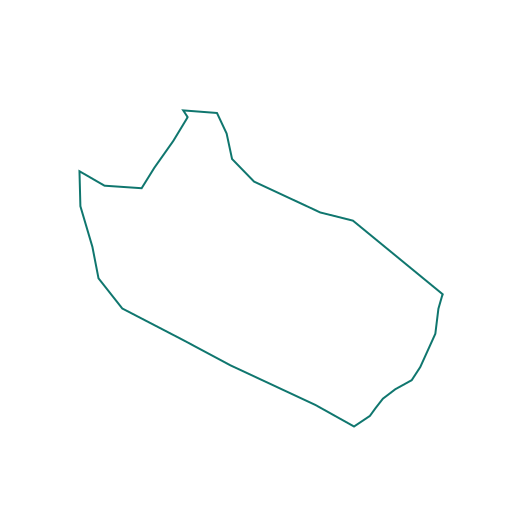 outline of Sasang-gu, Busan, South Korea, rotated 295°
{"feature_id": "91817680B50207003035", "entity_name": "Sasang-gu", "entity_type": "district", "adm_level": 2, "iso_a3": "KOR", "parent_name": "South Korea", "parent_adm1": "Busan", "projection": "equal_earth", "projection_center": [128.994, 35.156], "detail": "fine", "context": "isolated", "style": "outline", "palette": "teal", "viewbox_px": 512, "rotation_deg": 295, "n_neighbors": 0, "source": "geoboundaries", "source_scale": "gbopen_adm2", "svg_char_len": 678}
<svg xmlns="http://www.w3.org/2000/svg" viewBox="0 0 512 512"><g transform="rotate(295 256 256)"><path d="M258.2,60.2L226.9,75.8L195.1,103.9L169.2,122.7L151.9,157.0L149.0,225.8L146.1,279.0L146.1,313.4L146.1,354.0L146.1,372.8L142.9,416.9L159.2,426.8L168.5,428.6L180.3,431.3L194.2,438.6L209.3,449.6L224.8,451.8L261.3,451.4L285.3,443.6L299.2,441.4L299.2,441.5L300.2,441.4L329.0,328.9L322.6,295.8L322.6,292.4L322.6,292.2L322.6,261.1L322.6,222.8L333.8,193.3L354.6,177.6L368.7,160.7L369.1,160.2L368.9,159.6L357.2,128.5L356.6,129.5L353.0,135.3L352.1,135.2L352.0,135.3L325.3,132.4L293.2,126.6L269.1,123.7L255.7,89.0L258.2,60.2Z" fill="none" stroke="#0f766e" stroke-width="2"/></g></svg>